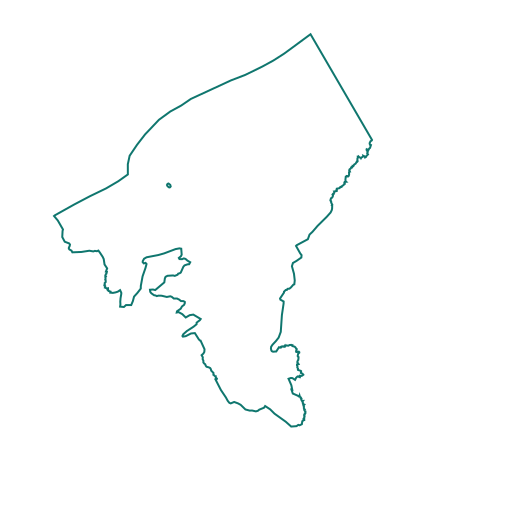 outline of Fizi, Sud-Kivu, Democratic Republic of the Congo, rotated 240°
{"feature_id": "63176286B21708239892428", "entity_name": "Fizi", "entity_type": "district", "adm_level": 2, "iso_a3": "COD", "parent_name": "Democratic Republic of the Congo", "parent_adm1": "Sud-Kivu", "projection": "albers", "projection_center": [28.45, -4.276], "detail": "fine", "context": "isolated", "style": "outline", "palette": "teal", "viewbox_px": 512, "rotation_deg": 240, "n_neighbors": 0, "source": "geoboundaries", "source_scale": "gbopen_adm2", "svg_char_len": 6131}
<svg xmlns="http://www.w3.org/2000/svg" viewBox="0 0 512 512"><g transform="rotate(240 256 256)"><path d="M391.6,101.1L385.9,102.1L375.5,102.1L374.4,101.0L369.3,97.7L364.0,97.5L360.3,100.5L358.9,100.6L357.7,99.5L356.9,98.2L356.0,97.6L354.9,97.7L352.9,98.9L351.0,98.8L346.8,106.8L343.9,114.3L341.3,117.4L341.0,119.0L339.7,120.6L339.5,122.2L337.1,122.5L332.0,122.8L329.5,122.6L324.4,120.6L319.7,120.9L317.5,118.2L316.8,118.9L315.4,117.5L315.4,116.9L314.3,115.6L313.9,115.4L313.3,115.8L312.6,114.7L311.2,114.2L310.9,113.6L309.8,113.5L308.6,112.8L308.2,111.4L306.5,110.6L306.5,110.0L306.0,109.9L305.2,110.3L304.4,109.7L304.1,109.8L304.0,109.5L302.4,110.7L302.1,111.7L301.6,111.5L301.2,110.9L300.3,111.0L300.4,110.6L299.4,110.8L297.9,112.2L297.1,111.5L295.6,113.6L294.7,116.2L294.2,118.5L294.4,121.2L291.7,121.0L290.7,120.5L287.2,117.6L284.3,115.6L281.9,114.4L280.1,113.0L277.9,116.1L278.5,118.9L275.9,123.4L278.5,126.8L281.8,130.1L283.3,134.8L285.4,139.9L287.7,141.3L295.1,147.6L300.9,154.3L303.8,157.2L305.3,156.9L305.7,155.1L307.4,154.8L308.2,155.4L309.6,157.7L309.6,160.6L305.7,171.8L304.2,177.7L302.2,189.8L300.9,193.5L299.7,194.9L294.3,192.3L293.3,190.8L292.9,188.2L291.6,188.2L290.2,190.4L290.0,192.3L288.7,193.5L286.3,194.3L283.5,195.9L282.3,194.0L283.0,192.6L283.6,189.4L283.0,187.7L279.3,182.6L279.2,181.3L279.6,179.8L279.0,178.7L279.4,175.7L280.6,174.5L283.1,169.5L283.2,167.3L282.2,165.9L279.0,163.4L276.9,151.7L278.5,150.0L279.8,147.3L277.9,146.5L276.1,146.7L273.0,148.1L272.0,149.3L270.9,150.0L270.4,151.8L268.8,154.4L265.1,158.3L264.0,161.6L262.8,162.6L260.2,163.6L258.7,166.3L256.6,167.7L254.5,168.5L253.2,170.6L251.9,171.4L250.9,170.9L249.7,169.4L249.3,166.6L248.0,164.5L247.6,159.9L246.7,159.1L246.1,160.9L242.5,163.1L237.9,164.4L237.9,169.0L236.6,172.4L229.1,176.6L228.5,175.3L228.0,171.3L226.6,170.4L226.0,166.6L225.6,158.7L224.6,153.9L223.5,152.3L222.7,152.4L221.7,155.1L221.4,161.0L219.8,164.5L212.4,164.8L210.8,165.2L210.4,165.7L201.0,164.8L198.8,163.3L197.8,161.6L197.3,159.3L194.9,159.3L193.3,158.2L191.7,158.1L190.1,157.2L188.7,157.4L187.6,157.9L186.2,157.6L184.8,157.8L183.1,159.5L181.8,160.3L180.6,160.3L179.1,159.9L176.0,160.7L174.4,159.7L173.6,160.2L172.9,160.2L172.1,160.7L171.6,160.6L171.6,160.8L170.0,160.1L169.8,160.7L169.3,160.8L169.0,160.4L169.4,159.2L157.5,158.6L148.5,159.2L144.7,159.1L142.2,159.5L141.0,160.4L140.5,164.1L137.4,166.7L134.8,168.3L128.4,170.1L125.3,173.2L124.1,175.4L121.5,178.2L121.0,180.2L121.3,182.0L120.6,187.1L121.5,188.9L116.1,191.6L110.2,193.2L97.6,198.9L90.7,201.2L88.4,206.0L88.6,208.2L87.6,209.1L87.4,211.6L89.8,213.5L89.9,215.5L90.1,215.5L89.9,215.8L90.8,216.3L91.5,216.2L91.6,216.8L92.7,217.4L92.4,217.4L92.5,217.7L93.5,217.8L94.3,218.3L94.2,218.9L95.2,219.4L95.1,220.1L95.6,220.5L96.3,220.7L96.7,221.1L97.2,220.8L98.6,220.8L98.8,221.5L99.4,221.3L100.5,221.4L101.4,222.2L102.5,222.2L103.1,223.5L103.8,222.8L104.0,223.1L104.9,222.9L105.1,223.2L106.6,223.3L107.0,224.2L107.4,223.4L108.2,223.3L109.3,223.5L109.5,223.9L109.9,223.7L110.4,224.0L110.7,223.7L111.4,224.0L112.0,223.6L113.2,223.9L112.9,223.6L113.0,222.8L113.5,222.6L113.5,222.8L118.5,219.1L122.5,219.9L122.0,220.5L126.4,222.0L133.4,222.8L132.9,225.3L132.0,226.5L129.2,227.9L130.5,229.9L130.9,231.6L130.8,232.3L129.5,232.9L129.1,233.4L130.3,234.2L129.5,235.2L129.3,236.3L129.5,237.6L130.9,237.4L132.3,236.4L133.7,237.5L134.1,237.4L136.3,235.4L136.6,235.4L137.5,236.1L138.8,236.0L139.8,236.8L140.8,236.8L141.6,237.3L141.1,238.8L143.5,238.7L144.7,240.1L144.8,240.6L145.8,241.4L147.2,242.3L148.0,242.0L148.6,242.1L150.4,243.8L150.6,245.1L151.0,245.4L151.8,245.2L152.5,243.3L152.8,242.9L153.6,243.1L154.4,244.3L155.0,244.7L155.3,244.4L157.0,244.5L158.2,244.1L159.7,242.6L160.2,242.4L160.1,242.7L160.5,242.9L160.6,242.4L161.4,242.1L162.1,240.6L162.2,239.0L163.4,237.6L163.3,236.4L164.0,236.4L163.7,235.7L163.1,235.4L163.4,234.8L163.8,234.8L164.2,234.4L164.9,232.8L164.9,232.5L164.3,232.5L164.2,231.9L164.6,231.0L165.5,230.3L163.2,225.8L164.6,222.9L165.7,222.1L166.6,222.1L168.3,222.6L169.8,223.7L170.9,225.9L172.4,230.8L174.0,234.8L177.9,239.5L191.9,248.9L201.0,256.1L202.8,257.2L206.0,255.3L207.2,255.6L210.3,261.9L211.1,262.4L211.7,264.8L211.2,265.8L211.8,266.9L211.0,268.6L211.3,270.5L212.5,274.0L212.3,275.0L215.4,277.3L221.6,280.0L229.2,282.0L231.5,284.5L231.5,288.6L232.0,294.5L234.0,295.9L236.1,295.6L244.7,295.7L245.0,296.6L244.6,309.3L247.8,313.1L248.7,317.0L251.3,324.4L254.6,337.0L256.4,342.4L257.8,344.5L259.0,345.6L261.4,347.1L262.0,347.0L262.3,347.7L264.7,347.8L265.1,348.2L266.8,348.2L267.0,348.7L267.5,348.7L268.5,349.8L268.4,350.6L268.9,351.9L269.7,352.8L270.9,353.0L270.8,354.0L271.4,354.1L271.5,355.2L272.4,356.0L272.8,356.0L271.9,358.4L272.7,359.0L273.1,358.8L273.9,359.6L273.0,362.3L273.6,363.4L273.5,364.2L273.2,364.1L273.1,364.3L273.1,364.9L273.5,365.2L273.7,367.5L274.2,368.2L274.1,369.0L274.9,369.3L275.5,369.3L275.8,369.8L275.2,371.2L275.8,371.0L277.1,371.4L279.8,373.4L279.7,374.1L280.0,374.5L279.8,374.8L279.3,374.7L279.0,375.2L278.8,375.6L279.1,376.5L280.3,377.6L281.7,378.2L282.3,378.8L282.1,379.5L283.7,379.6L283.8,380.2L284.3,380.5L284.4,381.7L285.1,382.7L284.6,383.2L284.9,383.9L285.3,384.0L285.2,384.7L285.7,384.9L285.3,385.5L286.1,386.7L286.2,388.5L287.2,390.2L286.9,390.3L287.0,390.8L287.6,391.2L287.5,391.5L289.4,392.3L290.1,393.2L291.0,393.7L290.8,393.9L291.1,394.5L289.7,394.9L288.7,395.8L288.2,395.8L288.6,396.5L288.5,397.9L288.9,398.9L289.2,399.0L287.9,399.9L287.5,399.8L287.3,400.4L286.8,400.1L286.8,400.8L287.4,401.6L288.0,403.8L289.5,403.7L290.2,404.8L291.3,405.2L291.7,405.1L291.9,404.7L292.8,404.9L293.0,405.1L292.6,405.3L292.4,406.1L291.6,406.4L292.5,407.9L292.6,408.8L294.6,411.0L295.4,410.3L296.9,410.8L298.1,412.5L298.2,414.1L298.5,414.5L420.8,414.1L417.2,381.7L416.6,368.9L416.9,356.3L418.2,337.3L420.6,322.1L424.6,278.2L423.7,266.4L424.0,254.1L422.5,240.1L416.8,220.8L411.8,208.6L406.0,196.7L399.6,190.9L390.7,185.8L389.6,174.1L389.5,159.9L390.8,142.2L391.5,124.4L391.8,102.2L391.6,101.1ZM358.9,215.0L360.6,214.3L362.0,214.4L362.7,215.5L362.5,216.5L360.5,217.3L358.9,216.9L358.5,216.0L358.6,215.4L358.9,215.0Z" fill="none" stroke="#0f766e" stroke-width="2"/></g></svg>